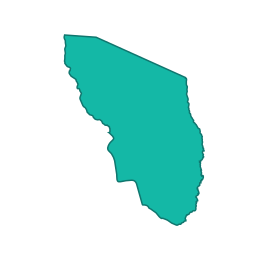 outline of Jonglei, rotated 201°
{"feature_id": "SDS-870", "entity_name": "Jonglei", "entity_type": "State", "adm_level": 1, "iso_a3": "SSD", "parent_name": "South Sudan", "parent_adm1": "", "projection": "albers", "projection_center": [31.68, 7.658], "detail": "fine", "context": "isolated", "style": "filled", "palette": "teal", "viewbox_px": 256, "rotation_deg": 201, "n_neighbors": 0, "source": "natural_earth", "source_scale": "10m", "svg_char_len": 5046}
<svg xmlns="http://www.w3.org/2000/svg" viewBox="0 0 256 256"><g transform="rotate(201 128 128)"><path d="M144.2,116.9L144.1,117.0L143.6,117.5L143.5,118.0L144.5,120.6L144.8,121.2L145.5,121.6L145.6,121.9L145.7,122.3L145.9,122.5L146.2,122.6L147.2,122.7L148.1,123.1L148.6,123.2L148.8,122.9L149.0,122.8L150.3,122.5L150.6,122.5L151.7,123.0L152.9,123.2L153.3,123.3L153.9,123.8L154.5,124.5L155.2,125.1L157.3,125.7L157.8,125.6L158.8,125.0L159.1,124.8L160.8,124.5L161.8,124.5L162.4,124.7L162.8,125.0L163.5,125.2L163.9,125.4L164.3,125.7L164.8,126.4L165.2,126.7L166.0,126.9L168.5,126.7L169.0,126.8L170.0,127.5L171.2,127.8L171.6,128.0L172.1,128.6L173.4,130.3L175.3,131.7L175.7,131.8L176.5,131.9L176.9,132.0L178.1,132.7L182.9,137.6L183.6,138.7L183.8,140.0L183.9,143.6L184.0,143.8L186.0,145.3L187.1,146.7L187.8,147.2L188.5,147.0L189.2,146.7L189.7,147.0L190.1,147.7L190.3,148.5L190.3,149.7L190.3,150.2L190.4,151.0L190.7,151.4L191.0,151.5L191.2,151.8L191.6,152.3L193.2,153.4L193.4,153.6L193.6,154.3L193.9,154.5L194.1,154.6L194.3,154.8L199.7,156.0L202.3,157.8L202.6,158.3L202.9,158.9L203.0,159.6L203.1,160.3L202.6,160.7L202.6,161.0L202.8,161.4L202.8,161.5L203.1,163.1L203.6,163.5L204.2,163.7L205.9,163.6L206.7,163.7L207.4,164.0L210.1,165.7L210.3,166.2L210.5,166.9L211.0,167.4L211.2,167.6L211.6,169.2L212.0,170.7L212.9,172.9L213.2,175.2L213.6,176.0L215.1,178.6L215.4,179.6L215.4,181.9L215.6,182.7L217.0,185.1L217.8,187.0L218.4,187.7L219.2,188.4L219.8,189.2L220.2,190.0L220.5,192.1L190.3,201.3L113.4,196.9L92.6,195.7L92.3,195.1L92.1,195.1L91.8,195.3L91.6,195.3L91.2,195.0L90.9,194.5L90.6,194.0L90.5,193.6L90.4,192.8L89.2,189.7L88.8,189.1L88.4,188.6L88.0,188.4L87.5,187.9L87.2,187.0L86.8,185.2L85.8,183.2L85.7,181.6L85.5,180.9L85.3,180.3L84.9,179.8L82.4,176.8L82.0,175.8L81.9,174.1L81.6,173.4L81.1,173.1L80.4,173.0L79.9,172.6L79.6,172.0L79.4,171.2L79.1,169.4L78.9,168.6L78.4,168.3L78.2,168.1L78.1,167.8L78.1,167.4L77.9,167.1L76.7,165.9L76.4,165.2L76.2,164.5L75.9,164.0L75.2,163.8L74.7,163.5L74.4,163.0L73.8,161.9L72.9,161.0L72.3,160.5L71.5,160.2L71.3,159.9L70.7,159.3L70.4,159.1L69.7,158.8L69.5,158.7L69.4,158.3L69.2,157.4L69.0,157.0L68.6,156.8L67.6,156.6L67.3,156.4L66.7,156.0L65.4,155.4L62.8,153.2L62.5,153.0L61.5,152.8L61.2,152.8L60.8,152.7L60.6,152.5L59.6,151.0L59.4,150.7L59.3,150.4L59.2,149.7L58.9,149.2L57.1,148.2L56.3,147.1L55.8,146.8L55.6,146.6L55.4,145.3L55.2,144.8L54.8,144.4L54.4,143.6L54.2,142.6L53.5,141.8L53.3,141.2L53.1,139.6L52.7,138.9L51.5,137.6L51.3,136.8L51.1,136.3L50.9,136.2L50.5,136.3L50.2,136.1L50.3,135.5L50.2,135.3L49.8,135.0L49.7,134.8L49.5,134.7L49.1,134.3L48.8,133.9L49.0,133.7L49.5,133.7L49.8,133.6L49.9,133.3L50.0,132.8L49.8,132.1L49.5,131.3L49.0,130.8L48.2,130.4L48.1,130.0L48.2,129.5L48.1,129.2L47.9,128.9L47.3,128.5L47.0,128.1L47.1,127.8L47.4,127.6L47.6,127.3L47.3,126.6L47.6,124.8L47.8,124.6L47.9,124.4L48.1,124.1L48.3,123.8L48.6,123.6L48.7,123.3L48.4,123.0L48.4,122.7L48.7,122.7L48.8,122.7L49.0,122.6L48.4,122.3L48.1,122.3L48.1,122.0L48.7,121.6L48.4,121.4L47.9,121.1L47.6,120.8L47.6,119.7L47.5,119.4L47.1,119.2L46.7,117.8L44.4,115.0L44.9,114.6L44.4,113.9L43.6,113.0L43.2,112.3L43.1,111.8L43.1,111.2L43.1,110.6L42.8,110.2L42.4,110.2L41.9,110.4L41.6,110.4L41.6,109.6L40.5,110.1L40.0,108.9L39.9,107.2L40.1,106.4L40.7,106.2L40.6,105.8L40.4,105.3L40.4,105.1L41.1,104.9L41.0,104.3L40.3,103.0L40.5,102.9L41.3,102.4L41.1,102.0L40.9,100.9L40.5,100.5L40.8,99.5L41.0,99.3L41.3,99.1L41.5,98.9L41.7,97.9L41.9,97.3L41.9,96.8L41.6,96.0L41.4,96.0L41.0,96.1L40.8,96.0L40.8,95.9L40.8,95.4L40.8,95.2L39.7,94.4L39.4,93.9L38.8,93.3L38.7,92.9L38.8,92.4L39.0,92.0L39.1,91.7L38.7,91.4L38.7,91.6L38.7,91.9L38.7,92.0L38.4,92.0L38.5,91.5L38.6,91.0L38.8,90.5L39.0,90.1L39.7,89.1L40.0,88.6L40.0,88.0L39.8,87.7L39.5,87.6L39.2,87.6L39.0,87.4L37.5,86.0L37.1,85.6L36.9,85.0L37.3,84.7L37.7,84.2L37.9,83.7L37.7,83.2L37.4,83.4L37.2,82.8L37.2,81.4L37.2,80.8L37.0,80.4L36.5,80.0L36.4,79.7L36.3,79.4L36.4,78.9L36.4,78.6L36.2,78.0L35.8,77.2L35.6,76.7L35.5,76.1L35.6,75.4L35.8,74.9L36.1,74.6L36.4,74.5L37.0,74.4L37.9,73.6L38.0,73.5L38.0,73.3L38.1,72.7L38.4,72.3L39.0,72.1L39.3,71.9L39.7,71.5L39.9,71.1L40.1,69.8L40.4,69.1L41.0,68.7L41.5,68.4L42.0,67.9L41.7,67.6L41.8,67.4L42.0,67.2L42.2,66.9L42.2,64.3L42.1,63.8L41.9,63.5L41.6,63.4L41.2,63.1L40.7,62.1L41.1,61.8L41.8,61.5L42.2,60.8L42.4,60.0L42.9,59.4L43.4,59.0L43.8,58.6L44.2,57.3L44.6,56.9L45.3,56.7L45.8,56.5L46.2,56.1L46.6,55.5L47.0,55.1L47.6,54.8L48.4,54.7L53.1,54.9L58.0,56.1L59.6,56.2L62.7,56.2L63.3,56.1L63.8,55.9L64.3,55.6L65.2,55.7L66.9,56.3L71.5,58.9L77.6,60.5L79.3,60.7L80.1,61.0L80.5,61.4L80.8,61.8L81.5,62.1L82.3,62.3L82.9,62.4L84.6,62.2L86.3,61.6L86.5,61.5L86.8,61.5L87.0,61.6L87.4,62.0L100.2,79.2L101.5,80.3L103.1,81.0L104.6,80.9L105.8,80.6L111.0,78.1L115.7,75.2L116.6,74.8L117.5,74.5L118.2,74.5L119.0,75.0L119.8,76.0L121.1,78.8L121.8,80.5L128.7,92.6L130.9,95.3L134.2,98.1L138.3,100.0L139.2,100.9L139.8,102.1L140.0,104.1L139.9,105.6L139.6,107.3L139.1,108.7L137.9,111.3L137.6,112.4L137.7,113.4L138.7,114.3L139.5,114.9L144.1,116.9L144.2,116.9Z" fill="#14b8a6" stroke="#0f766e" stroke-width="1.5"/></g></svg>